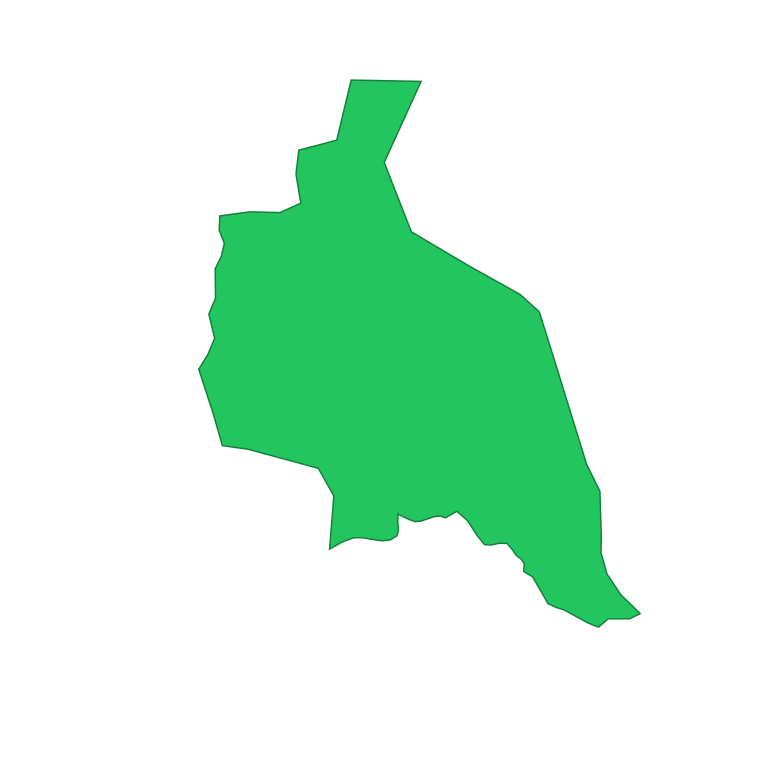 Apac, Mercator projection, rotated 252°
{"feature_id": "UGA-5604", "entity_name": "Apac", "entity_type": "District", "adm_level": 1, "iso_a3": "UGA", "parent_name": "Uganda", "parent_adm1": "", "projection": "mercator", "projection_center": [32.461, 1.914], "detail": "fine", "context": "isolated", "style": "filled", "palette": "green", "viewbox_px": 768, "rotation_deg": 252, "n_neighbors": 0, "source": "natural_earth", "source_scale": "10m", "svg_char_len": 1042}
<svg xmlns="http://www.w3.org/2000/svg" viewBox="0 0 768 768"><g transform="rotate(252 384 384)"><path d="M215.3,556.2L171.4,543.4L156.4,538.2L134.1,537.4L110.4,544.1L86.5,556.7L84.8,545.1L91.4,524.7L86.5,512.8L93.8,504.0L113.8,485.2L117.9,479.2L124.5,472.1L154.5,465.8L162.6,458.9L169.9,462.0L175.2,460.2L180.3,456.7L186.9,454.9L194.3,451.8L196.9,444.6L197.7,436.3L200.2,429.9L211.2,425.7L228.0,421.3L240.4,414.0L237.8,400.9L241.1,396.7L242.3,391.1L242.2,376.8L243.5,371.1L246.9,366.6L255.9,357.0L247.5,354.2L240.4,352.6L235.6,349.4L233.8,341.5L235.7,333.0L244.5,315.8L247.1,307.9L246.7,295.7L243.8,281.2L293.0,301.7L324.1,295.5L363.9,234.6L375.3,211.3L407.9,212.4L455.3,212.4L466.6,225.7L479.9,237.1L504.5,239.0L517.8,250.3L545.8,259.1L555.8,268.8L567.1,275.6L581.3,274.8L594.6,279.8L589.2,309.6L579.2,337.9L581.7,360.8L610.6,365.1L632.7,375.2L630.5,414.4L683.2,446.7L660.3,512.8L594.7,452.7L520.3,457.0L469.7,501.6L427.0,541.2L404.5,554.0L358.9,553.5L244.8,551.9L215.3,556.2Z" fill="#22c55e" stroke="#15803d" stroke-width="1.5"/></g></svg>